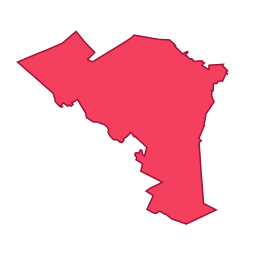 General Zuazua, Nuevo León, Mexico (Albers equal-area conic projection), rotated 265°
{"feature_id": "50627088B30603722268617", "entity_name": "General Zuazua", "entity_type": "district", "adm_level": 2, "iso_a3": "MEX", "parent_name": "Mexico", "parent_adm1": "Nuevo León", "projection": "albers", "projection_center": [-100.161, 25.925], "detail": "fine", "context": "isolated", "style": "filled", "palette": "rose", "viewbox_px": 256, "rotation_deg": 265, "n_neighbors": 0, "source": "geoboundaries", "source_scale": "gbopen_adm2", "svg_char_len": 5514}
<svg xmlns="http://www.w3.org/2000/svg" viewBox="0 0 256 256"><g transform="rotate(265 128 128)"><path d="M27.7,178.9L29.3,183.1L31.6,189.6L32.1,190.8L33.7,195.2L34.9,198.4L37.1,204.3L38.7,208.7L39.1,208.1L40.6,205.8L41.4,204.4L42.7,202.3L45.3,198.3L46.2,196.7L46.6,196.7L48.9,196.7L54.5,196.8L57.8,196.8L63.6,196.9L67.4,196.9L70.9,196.9L79.8,197.0L84.2,197.1L86.6,197.2L89.2,197.2L91.8,197.3L95.1,197.3L95.8,197.4L96.3,197.4L96.7,197.3L97.6,197.2L98.0,197.2L98.2,197.3L98.5,197.4L99.1,197.4L99.6,197.4L100.4,197.4L100.5,197.4L100.8,197.4L101.6,197.4L103.8,197.4L104.4,197.4L106.7,197.5L106.9,197.5L107.0,197.6L107.3,197.8L107.6,198.0L107.8,198.2L108.0,198.4L108.3,198.9L108.9,199.9L111.3,197.7L116.7,200.5L119.4,201.9L121.7,203.1L123.8,204.2L124.1,203.8L126.6,204.6L128.4,205.1L130.7,205.8L135.3,207.0L137.3,208.5L140.6,211.2L146.5,216.0L147.0,215.8L147.6,215.7L148.2,215.5L148.6,215.3L149.0,215.1L149.3,215.0L150.6,214.6L151.1,214.5L151.6,214.4L152.5,214.2L152.9,214.1L153.7,214.1L154.9,214.5L155.4,214.5L155.6,214.5L155.8,214.6L157.3,214.7L157.6,214.7L157.8,214.6L157.7,216.1L159.0,216.3L163.7,216.8L163.9,216.9L164.2,217.1L164.3,217.3L164.5,217.6L164.7,218.2L164.8,218.5L164.5,220.3L165.7,221.2L165.8,221.3L166.1,221.5L166.4,222.1L166.5,223.6L166.8,224.9L167.0,225.8L166.9,225.9L166.4,226.3L173.6,230.2L173.1,231.5L173.4,231.5L173.5,231.6L175.1,230.6L176.4,232.3L176.9,231.8L177.3,231.4L178.1,230.8L178.5,230.4L179.5,229.6L182.0,227.6L183.1,228.5L183.5,214.2L179.3,213.6L180.0,212.4L182.4,209.2L182.9,208.5L184.1,207.1L186.2,209.8L187.7,207.4L188.1,207.7L188.1,207.2L188.6,206.2L188.7,205.9L188.4,200.4L189.0,199.6L189.6,198.9L190.1,198.4L189.9,198.2L190.3,198.1L190.8,198.2L191.1,197.5L191.3,197.3L191.5,197.1L191.5,195.1L193.0,194.2L194.7,192.8L194.9,191.9L195.2,191.2L198.4,194.3L199.0,193.8L198.6,192.5L198.3,191.7L197.9,190.8L197.8,190.4L197.5,189.7L197.0,188.7L198.0,188.0L199.3,187.1L201.6,185.0L205.3,181.8L205.6,182.0L206.0,182.6L208.0,180.9L208.4,180.6L208.6,180.5L209.6,179.7L210.1,178.9L210.4,178.6L212.1,177.2L213.6,166.3L220.0,142.1L217.8,139.4L216.9,138.1L216.2,136.7L216.0,136.0L215.3,135.1L209.1,122.8L201.1,106.6L197.0,98.4L198.6,95.2L198.9,94.6L199.1,94.6L199.3,94.6L199.7,94.5L199.8,94.4L199.4,93.4L200.4,94.4L204.7,99.7L206.2,101.5L207.4,100.5L209.7,98.6L213.3,95.7L216.6,92.9L228.7,84.7L218.2,70.0L218.1,69.8L212.7,53.4L210.2,44.9L203.3,23.7L181.7,44.5L176.6,49.2L169.7,56.0L168.4,56.6L167.3,57.0L166.7,57.0L166.5,56.9L166.4,57.0L166.1,57.1L165.6,57.2L165.3,57.2L164.8,57.3L163.8,57.6L162.8,57.7L162.2,57.8L161.6,57.8L160.4,58.0L159.7,58.6L159.0,59.2L158.4,59.5L157.8,60.0L155.8,61.6L155.2,62.1L154.8,64.2L154.7,64.5L154.8,64.6L155.0,64.7L155.4,64.0L155.8,63.5L156.1,63.2L156.3,63.4L156.9,64.1L157.7,64.6L158.8,65.4L157.8,66.8L155.3,69.4L155.2,69.6L155.1,69.8L155.3,70.1L155.4,70.3L155.9,70.7L155.7,71.3L155.4,72.2L154.8,72.7L154.9,73.6L156.4,75.4L157.9,74.2L160.8,80.3L159.5,80.9L155.7,82.6L152.6,84.1L149.8,85.5L148.2,86.3L147.1,86.9L146.6,87.1L146.4,87.2L141.9,87.5L140.9,89.0L139.9,90.3L137.4,93.5L137.0,94.2L136.9,95.1L136.8,96.3L136.8,97.3L136.8,97.9L136.6,98.3L136.4,98.7L136.1,99.2L135.6,100.1L135.0,101.0L134.5,102.2L134.0,103.9L133.6,104.5L133.1,105.1L131.9,106.4L131.0,107.0L130.3,107.5L129.8,107.8L128.5,108.4L128.2,108.5L127.5,108.3L127.0,108.1L126.5,108.0L126.2,107.9L125.8,107.9L125.3,107.9L124.8,108.1L124.3,108.2L124.0,108.3L123.3,108.5L123.0,108.6L122.4,109.0L121.6,109.4L120.4,110.3L118.9,111.5L118.0,112.2L117.7,112.7L117.5,113.3L117.5,113.8L117.1,115.9L117.0,116.3L116.9,116.6L116.7,116.9L116.2,117.2L115.4,117.8L115.0,118.2L114.5,119.2L114.0,120.5L114.4,121.1L114.5,121.3L114.9,121.8L115.2,122.0L115.5,122.2L116.3,122.7L116.5,122.8L116.8,123.0L117.5,123.0L117.8,123.1L118.0,123.3L118.5,123.7L118.6,124.0L118.8,124.6L118.8,125.0L119.0,125.4L119.5,126.1L120.2,126.9L120.7,127.4L121.1,127.8L121.4,128.3L121.8,128.8L122.5,129.4L123.0,129.7L123.4,130.0L121.1,132.2L120.3,132.4L120.2,132.5L119.6,132.8L119.5,133.0L119.3,133.1L119.1,133.2L118.9,133.2L118.7,133.6L118.9,134.1L119.1,134.1L117.8,135.4L117.6,135.5L116.0,137.1L115.9,137.2L114.1,138.8L112.8,140.0L111.2,141.4L107.2,145.0L104.1,143.9L98.7,142.0L100.4,140.2L104.7,139.8L105.0,138.2L103.4,137.6L102.1,136.0L102.6,134.3L102.8,134.0L102.7,133.9L102.4,133.5L102.2,133.2L101.9,132.9L101.7,132.7L101.4,132.6L101.1,132.6L100.6,132.5L100.2,132.6L99.9,132.8L99.6,133.0L98.7,133.6L98.3,133.9L97.8,134.0L97.3,133.9L96.6,133.8L96.1,133.5L95.7,133.2L95.1,134.1L94.6,134.7L93.0,136.9L92.9,137.0L91.8,138.4L91.0,139.4L88.4,138.5L85.7,137.6L83.9,136.9L81.0,141.5L78.5,145.6L77.2,147.6L76.4,148.9L74.5,152.0L71.9,156.0L71.0,157.5L70.9,157.3L67.6,149.0L66.9,146.6L66.7,146.2L65.1,143.2L63.6,140.5L61.2,143.6L61.3,143.7L60.9,144.0L60.4,144.7L59.9,145.4L58.5,147.3L46.1,140.3L45.3,139.8L43.0,143.3L42.1,144.5L41.5,145.6L41.4,145.8L41.2,146.1L40.4,148.3L40.5,148.5L40.9,149.3L41.2,150.0L41.3,150.1L41.3,150.3L41.6,150.7L41.6,150.8L41.8,151.1L41.9,151.3L42.1,151.6L42.4,152.2L42.4,152.3L41.7,153.2L41.7,153.4L41.6,153.5L41.5,153.8L41.4,153.8L40.7,154.7L39.6,156.3L39.4,156.4L39.3,156.7L39.2,156.9L39.1,157.2L39.0,157.5L38.9,157.6L38.9,157.8L38.9,158.0L38.9,158.3L38.6,158.6L38.4,158.8L38.2,159.0L37.8,159.3L37.5,159.6L37.3,159.7L37.2,159.9L36.9,160.1L36.7,160.3L36.2,160.9L36.2,161.0L34.9,162.4L34.0,163.4L33.4,164.0L33.0,165.1L32.5,166.0L31.2,169.0L30.8,169.9L30.5,170.8L30.3,171.1L30.0,171.7L29.4,172.8L29.3,173.0L27.6,177.2L27.5,177.4L27.5,177.7L27.3,177.7L27.7,178.9Z" fill="#f43f5e" stroke="#9f1239" stroke-width="1.5"/></g></svg>